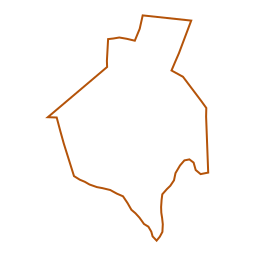 the district of Lagoa de Dentro, Paraíba, Brazil
{"feature_id": "56859067B25189645014344", "entity_name": "Lagoa de Dentro", "entity_type": "district", "adm_level": 2, "iso_a3": "BRA", "parent_name": "Brazil", "parent_adm1": "Paraíba", "projection": "mercator", "projection_center": [-35.358, -6.683], "detail": "fine", "context": "isolated", "style": "outline", "palette": "amber", "viewbox_px": 256, "rotation_deg": 0, "n_neighbors": 0, "source": "geoboundaries", "source_scale": "gbopen_adm2", "svg_char_len": 811}
<svg xmlns="http://www.w3.org/2000/svg" viewBox="0 0 256 256"><path d="M47.8,117.2L56.7,117.5L60.4,131.4L63.8,143.6L74.0,176.1L79.8,179.7L84.8,181.8L89.5,184.5L96.9,187.1L102.3,188.1L110.2,190.0L116.8,193.6L123.0,196.3L127.5,203.0L131.4,209.8L135.4,213.2L139.5,217.7L144.0,224.0L148.4,226.7L151.3,231.7L152.6,236.4L156.6,240.6L159.8,236.7L162.4,231.9L162.8,224.3L162.1,217.9L161.3,212.7L161.1,207.1L161.6,199.8L162.3,194.3L166.8,189.2L170.3,185.8L174.0,180.3L175.5,173.1L180.0,165.5L184.4,160.4L189.4,159.4L193.6,162.6L195.7,170.0L200.6,174.1L208.2,172.6L206.1,116.6L206.3,108.0L201.1,100.8L183.0,76.8L171.5,70.5L175.2,61.8L178.9,53.3L191.2,20.6L142.7,15.4L139.7,28.8L134.8,40.7L126.8,38.8L119.3,37.5L113.4,38.5L108.1,39.1L106.9,60.9L107.1,67.0L47.8,117.2Z" fill="none" stroke="#b45309" stroke-width="2"/></svg>